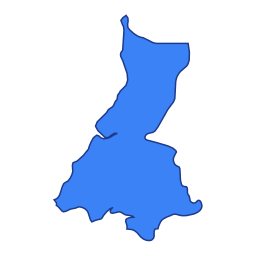 outline of Litoral
{"feature_id": "GNQ-1470", "entity_name": "Litoral", "entity_type": "Province", "adm_level": 1, "iso_a3": "GNQ", "parent_name": "Equatorial Guinea", "parent_adm1": "", "projection": "orthographic", "projection_center": [9.856, 1.633], "detail": "fine", "context": "isolated", "style": "filled", "palette": "blue", "viewbox_px": 256, "rotation_deg": 0, "n_neighbors": 0, "source": "natural_earth", "source_scale": "10m", "svg_char_len": 2738}
<svg xmlns="http://www.w3.org/2000/svg" viewBox="0 0 256 256"><path d="M126.1,15.4L127.9,18.0L128.1,21.0L127.6,24.3L127.9,27.6L129.9,30.1L133.6,33.4L137.6,36.1L140.5,37.2L143.3,37.8L153.3,42.8L156.5,43.4L177.9,43.4L188.1,43.4L189.4,52.2L189.2,59.8L188.5,62.5L187.7,64.5L186.6,66.1L180.5,71.4L179.1,73.1L177.2,76.2L176.3,78.7L175.7,81.6L174.8,98.7L173.5,101.9L167.8,109.5L158.0,126.8L155.0,131.0L152.9,132.4L149.9,133.0L147.2,133.9L145.8,135.2L144.9,136.9L145.1,138.3L145.7,139.3L146.8,140.0L158.0,143.0L168.1,146.0L172.9,148.2L175.7,150.5L176.2,151.4L176.4,152.1L175.2,154.1L173.6,157.7L173.3,159.6L173.6,161.7L174.7,164.2L176.1,165.5L179.3,167.2L179.9,169.0L180.4,179.4L180.8,181.9L181.7,185.0L183.0,186.1L184.5,186.6L186.3,186.7L187.1,187.6L187.4,189.1L187.4,191.0L187.5,193.1L188.0,194.5L188.9,195.5L189.4,196.8L190.2,200.8L191.1,202.0L192.8,202.9L194.5,203.1L195.8,202.5L196.9,201.3L197.9,200.5L198.9,200.3L200.3,201.1L201.1,202.6L201.7,204.4L201.9,206.5L201.3,208.5L199.9,210.5L197.8,212.1L195.4,213.4L192.9,214.2L187.0,215.5L183.9,215.7L181.5,215.6L179.5,215.2L176.3,214.3L174.8,214.1L173.4,214.3L171.4,215.1L170.7,215.5L166.8,217.0L163.1,219.0L162.3,219.7L161.4,220.7L160.5,222.0L159.0,225.1L158.0,228.4L158.0,228.7L154.9,229.1L154.1,231.5L154.1,236.2L153.5,238.3L151.6,240.1L149.1,240.6L146.2,240.2L143.4,239.0L140.8,237.0L136.7,232.3L134.1,230.4L131.6,229.5L126.9,229.0L127.1,228.1L126.9,225.4L125.7,221.3L126.0,219.4L127.3,218.5L129.3,217.7L131.7,217.3L133.7,217.2L132.8,216.3L130.8,215.7L128.5,215.3L126.6,215.1L124.9,214.6L121.0,212.3L119.0,211.8L112.5,213.3L110.8,212.8L110.2,211.2L110.9,209.5L112.1,208.1L113.1,207.5L110.2,208.7L106.5,211.9L103.5,215.5L102.2,217.8L101.1,218.9L95.8,220.2L91.9,221.9L90.5,220.0L88.0,212.3L86.7,210.3L85.0,208.8L82.4,207.5L79.5,206.8L77.4,207.3L75.6,208.1L70.5,209.1L65.8,211.3L63.4,211.8L62.0,211.0L58.3,206.8L56.3,205.3L56.6,203.7L56.2,202.5L54.1,199.8L56.6,198.8L58.5,196.9L59.8,194.6L62.4,186.4L63.8,183.6L65.6,182.3L68.0,181.0L70.3,178.0L72.0,174.4L72.8,171.5L72.4,165.4L73.0,162.8L77.4,160.9L83.6,155.2L86.4,151.6L86.9,151.3L87.2,150.5L88.0,149.7L88.7,148.7L89.0,147.0L90.9,142.4L93.5,137.7L96.7,135.2L98.8,135.9L100.8,137.8L103.8,138.8L108.0,138.2L111.0,136.8L113.8,135.0L117.3,133.3L114.1,133.4L107.6,137.8L104.8,137.2L97.9,130.6L95.5,126.2L97.2,121.9L106.5,112.7L106.9,112.1L107.9,110.3L108.7,109.4L111.9,107.2L113.2,106.0L113.8,104.9L115.2,101.7L115.9,100.7L116.6,100.1L117.1,99.0L117.7,95.1L118.4,94.1L119.2,93.3L119.5,92.5L120.4,91.0L126.0,85.4L127.7,80.0L127.1,73.4L122.7,60.5L121.2,57.5L120.7,56.1L120.5,54.4L120.9,52.7L121.6,51.6L122.3,50.8L122.7,50.0L124.0,30.2L123.5,26.7L122.2,23.9L120.9,20.3L123.0,17.6L126.1,15.4Z" fill="#3b82f6" stroke="#1e3a8a" stroke-width="1.5"/></svg>